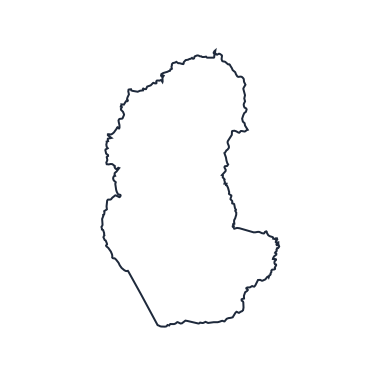 outline of Free State, rotated 308°
{"feature_id": "ZAF-1206", "entity_name": "Free State", "entity_type": "Province", "adm_level": 1, "iso_a3": "ZAF", "parent_name": "South Africa", "parent_adm1": "", "projection": "natural_earth1", "projection_center": [27.438, -28.674], "detail": "fine", "context": "isolated", "style": "outline", "palette": "slate", "viewbox_px": 384, "rotation_deg": 308, "n_neighbors": 0, "source": "natural_earth", "source_scale": "10m", "svg_char_len": 6012}
<svg xmlns="http://www.w3.org/2000/svg" viewBox="0 0 384 384"><g transform="rotate(308 192 192)"><path d="M275.3,197.6L274.6,197.1L272.4,196.5L272.0,196.2L270.6,193.5L270.0,192.9L267.9,192.8L267.4,192.0L267.1,189.7L266.4,187.7L264.9,186.2L264.2,186.3L261.5,188.2L254.2,188.9L253.2,189.3L252.3,190.3L251.0,192.6L250.1,193.5L249.2,193.9L247.1,193.9L246.1,193.5L243.0,193.8L242.6,193.6L240.1,197.5L238.0,199.8L236.3,202.3L236.0,203.5L234.3,203.7L233.8,203.4L232.8,202.2L232.0,202.1L231.3,202.5L230.2,205.0L229.0,205.6L223.7,205.2L224.0,206.2L222.4,207.3L222.3,208.6L222.0,209.9L221.4,209.9L220.0,211.9L218.6,212.4L219.8,214.1L218.9,214.5L218.6,214.1L218.3,214.5L218.5,215.8L217.4,217.9L214.8,221.4L213.5,222.1L213.2,222.6L213.5,225.1L213.1,225.5L210.8,226.3L210.0,226.8L209.7,229.1L209.2,229.7L207.9,230.5L207.8,230.9L208.4,232.0L208.4,232.7L206.0,235.5L205.4,236.4L205.2,237.4L205.0,237.7L203.9,237.6L203.7,237.8L203.0,239.6L201.2,240.9L197.6,242.3L196.3,242.4L195.0,243.0L193.0,245.0L192.6,244.8L192.4,244.2L191.9,244.2L191.0,245.7L190.5,245.1L190.1,245.1L189.7,245.6L189.7,246.5L189.1,247.9L191.4,249.6L192.7,251.8L198.2,265.5L199.1,266.6L201.3,268.6L202.0,269.7L202.6,272.4L203.5,274.1L203.9,274.3L205.5,274.1L206.7,274.7L206.7,275.3L206.0,276.0L204.9,278.7L205.0,280.3L206.1,283.3L206.0,284.2L206.5,284.3L205.2,284.7L206.2,287.0L207.1,286.6L207.8,287.4L207.1,288.4L205.0,288.4L204.1,288.8L204.0,289.7L205.5,291.0L204.6,291.7L202.7,290.9L202.3,291.5L202.5,292.0L203.7,292.7L202.8,294.2L201.9,294.4L200.8,294.4L200.3,293.7L199.9,293.6L199.5,294.0L198.7,294.0L197.8,295.0L195.9,294.8L195.2,294.9L195.4,296.3L194.5,297.0L191.8,296.3L189.6,296.7L189.0,297.0L189.4,297.7L190.3,298.6L190.6,299.7L190.2,300.0L188.4,299.8L187.5,300.1L186.7,300.8L186.2,301.8L186.6,302.9L186.1,303.4L183.4,303.8L182.8,304.6L182.3,304.8L181.5,304.4L180.2,303.0L179.0,302.9L177.6,303.9L176.1,304.0L175.4,304.7L174.5,304.7L173.9,304.3L171.9,305.0L172.3,304.0L171.4,303.6L168.3,303.6L165.6,302.2L165.1,301.7L164.7,299.8L163.3,298.2L157.3,299.4L155.8,299.3L155.2,298.4L154.9,297.3L152.4,296.3L150.8,294.3L149.6,294.0L149.3,294.5L149.4,295.5L149.2,296.3L147.9,296.3L145.7,295.6L142.2,296.8L140.1,298.6L138.6,297.4L137.9,297.2L137.0,298.0L137.1,299.6L136.6,300.4L132.6,303.8L130.3,305.0L128.9,304.8L127.5,304.0L125.8,303.5L125.5,303.1L125.2,301.4L125.0,300.8L123.5,300.6L118.3,301.2L116.7,300.0L115.1,298.4L113.4,297.4L110.1,297.3L109.6,296.5L109.3,295.4L108.6,294.7L106.8,293.6L105.2,292.4L102.7,289.2L98.7,285.3L98.0,282.6L95.8,281.5L95.1,280.8L94.1,278.8L93.2,278.7L92.3,278.0L87.6,267.9L86.6,266.0L82.3,264.9L81.3,263.9L80.6,260.8L80.1,260.4L78.2,260.0L76.8,259.1L74.7,256.3L74.3,256.1L72.8,256.2L72.1,254.6L70.6,254.6L70.0,254.3L69.1,253.4L67.0,250.5L66.6,249.6L66.2,247.6L65.9,246.9L80.2,214.3L90.2,190.7L90.4,190.0L89.6,189.4L89.0,188.4L88.7,186.9L88.8,183.3L89.7,180.3L91.0,177.7L92.0,173.7L92.1,171.9L91.3,170.8L91.1,170.2L91.3,169.4L92.4,168.7L93.6,167.4L95.1,164.7L96.4,160.5L96.5,157.9L97.0,157.2L98.4,157.3L99.0,156.7L100.6,153.9L100.4,152.8L101.8,150.1L102.8,149.7L103.9,149.7L104.6,148.7L105.5,148.1L107.3,145.4L107.0,144.1L107.6,143.7L108.4,142.5L108.8,142.1L110.4,142.0L111.3,141.5L115.4,137.8L118.4,136.9L119.2,136.1L120.1,136.6L120.6,136.4L122.0,135.6L122.8,134.6L125.9,135.6L128.1,133.5L132.9,130.5L134.0,130.4L134.4,130.6L135.6,132.2L136.5,132.7L138.4,132.7L142.1,133.6L142.4,134.0L143.2,137.9L143.8,138.2L144.9,138.1L145.4,137.8L145.6,137.3L144.8,135.4L144.8,134.8L146.0,132.3L147.1,130.8L151.2,126.5L152.5,126.1L152.9,125.6L152.8,124.4L153.1,122.9L153.9,121.7L155.0,121.0L156.3,120.7L157.4,121.5L158.1,120.2L159.2,119.5L160.5,119.6L161.4,119.9L166.0,119.9L165.7,119.0L163.6,118.5L163.3,117.6L163.5,116.6L164.1,115.5L164.9,115.3L164.9,112.1L164.1,110.8L162.4,109.3L161.4,107.7L162.4,106.4L165.1,105.6L167.0,103.3L167.6,103.3L168.7,103.7L169.4,103.1L169.4,100.7L171.6,98.0L172.3,97.7L174.6,98.7L175.1,96.9L176.6,95.3L178.5,94.4L179.2,93.7L180.4,94.6L181.2,93.5L182.2,92.9L185.0,95.2L184.9,91.6L185.0,90.7L185.7,90.2L186.3,90.8L187.3,92.6L188.8,93.4L190.9,93.8L195.5,93.6L196.7,93.3L197.2,93.5L196.9,95.0L197.3,95.5L198.3,95.1L200.1,93.6L202.1,91.1L203.2,90.0L204.6,89.8L205.2,90.1L206.7,91.7L207.3,91.9L210.8,91.0L211.3,90.7L212.7,88.3L213.1,85.4L213.7,84.8L215.7,84.5L215.4,83.3L216.1,83.0L216.9,83.0L217.6,82.4L218.9,84.5L222.9,84.1L223.8,85.2L224.4,85.2L224.8,85.0L225.0,83.7L226.9,82.9L230.1,82.2L232.1,79.8L233.6,79.0L234.1,79.3L235.4,80.7L234.7,81.6L235.1,82.9L237.6,87.5L239.8,88.7L241.9,90.8L242.9,89.9L243.5,89.9L243.9,91.4L244.8,92.4L247.5,91.8L250.6,93.8L254.0,94.2L254.3,94.4L254.8,96.0L255.4,96.8L256.1,96.9L256.8,96.0L257.4,95.7L258.3,95.8L259.5,97.3L259.8,97.9L261.0,98.5L261.2,99.0L260.5,101.0L261.0,100.8L263.8,98.4L266.2,98.1L266.1,97.6L265.3,96.8L264.9,96.5L264.5,96.6L264.6,96.0L266.0,95.3L268.1,96.1L271.7,98.7L272.9,99.2L273.9,100.0L275.4,99.5L276.3,100.3L276.8,100.2L278.1,98.7L279.4,98.2L280.3,97.5L281.7,97.5L283.8,99.1L284.9,99.5L285.0,101.8L285.8,102.8L286.9,105.5L287.4,106.3L288.0,106.4L288.8,105.7L289.4,105.6L292.0,105.8L293.9,107.5L295.3,108.1L296.1,108.9L297.7,109.4L297.6,110.7L298.1,111.2L298.7,111.3L300.2,110.7L300.8,110.8L302.8,112.0L303.5,113.1L303.9,114.9L304.6,115.8L304.7,117.0L306.2,118.8L307.3,119.7L307.1,120.8L307.3,121.4L311.3,126.5L311.9,126.5L313.2,125.6L314.3,125.5L314.6,123.9L315.3,123.2L317.0,123.0L318.0,123.2L315.8,124.4L315.6,124.9L315.6,127.2L317.6,128.1L318.0,129.1L318.1,131.2L317.8,131.8L314.9,133.5L313.9,135.0L314.0,136.0L314.8,137.4L315.0,138.1L314.8,141.5L314.9,142.1L315.5,142.6L315.6,143.4L315.0,144.7L314.2,147.0L313.1,149.0L313.0,152.3L311.9,154.1L311.1,156.2L311.0,156.8L311.3,157.7L312.8,159.2L313.2,159.9L313.4,160.9L313.1,162.7L312.8,163.3L310.9,165.1L309.4,168.1L306.1,168.5L304.9,168.9L300.9,174.2L297.9,175.6L296.1,178.0L293.6,178.5L292.6,179.0L291.6,180.1L290.9,181.4L291.2,183.3L290.7,184.2L288.4,185.1L286.3,184.6L283.9,185.2L280.6,186.4L278.8,188.7L278.6,191.1L277.0,192.9L275.3,197.6Z" fill="none" stroke="#1e293b" stroke-width="2"/></g></svg>